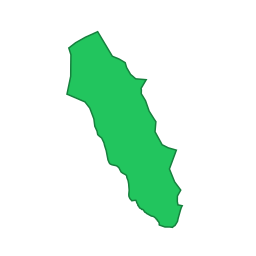 the district of Irepodun, Osun, Nigeria, rotated 305°
{"feature_id": "59680162B77368104900520", "entity_name": "Irepodun", "entity_type": "district", "adm_level": 2, "iso_a3": "NGA", "parent_name": "Nigeria", "parent_adm1": "Osun", "projection": "albers", "projection_center": [4.504, 7.901], "detail": "fine", "context": "isolated", "style": "filled", "palette": "green", "viewbox_px": 256, "rotation_deg": 305, "n_neighbors": 0, "source": "geoboundaries", "source_scale": "gbopen_adm2", "svg_char_len": 1614}
<svg xmlns="http://www.w3.org/2000/svg" viewBox="0 0 256 256"><g transform="rotate(305 128 128)"><path d="M120.7,58.6L124.7,77.7L122.4,85.3L115.9,94.8L110.4,99.8L107.7,104.4L105.2,107.0L104.9,109.0L104.7,112.2L102.1,116.8L100.2,118.9L97.0,123.1L90.4,129.9L88.7,132.6L88.3,134.0L88.7,136.0L90.5,140.3L90.3,143.2L88.0,147.6L88.0,149.7L88.4,153.0L88.1,154.2L86.7,155.6L85.9,156.8L85.0,158.2L82.6,160.6L77.6,164.7L74.3,166.6L72.7,167.8L71.7,169.3L71.0,170.9L70.8,172.3L70.6,173.0L71.3,173.5L72.0,174.4L72.8,175.2L73.0,175.5L73.3,176.0L72.9,176.7L72.5,177.2L71.8,178.1L70.6,180.6L70.2,180.6L70.0,181.7L69.2,183.3L69.2,183.5L69.4,184.5L69.4,184.9L69.3,185.2L69.3,185.5L69.2,185.9L69.3,186.2L69.7,186.5L69.7,187.2L69.6,187.9L69.5,188.3L69.0,189.1L68.9,189.8L68.7,190.2L68.9,190.6L68.7,192.9L68.9,193.8L69.0,195.3L69.2,196.7L69.2,197.4L70.0,199.3L70.2,200.8L70.0,202.0L70.0,202.6L69.7,203.0L69.6,203.3L69.7,204.3L69.4,204.7L69.1,204.9L69.0,205.1L69.0,205.7L68.9,205.9L68.8,206.3L68.7,206.9L68.0,208.2L67.2,208.6L66.5,209.3L68.1,215.0L70.8,218.9L72.2,221.5L72.8,221.5L73.7,221.8L75.1,222.4L77.6,222.3L79.9,222.1L82.7,220.9L90.4,218.2L93.3,217.3L95.4,217.0L93.7,213.0L96.1,210.5L100.6,207.5L107.4,206.8L110.6,197.1L118.2,185.4L137.6,180.3L134.8,172.2L134.0,166.4L133.8,165.7L140.4,152.3L149.2,147.2L150.0,145.0L153.9,135.7L160.4,126.7L163.7,119.2L166.9,117.1L167.9,116.0L178.0,115.2L172.7,106.1L173.4,99.3L176.7,92.2L179.9,88.2L179.4,81.3L177.8,74.0L189.5,47.9L177.9,41.0L167.9,36.2L159.6,33.6L155.3,39.2L146.5,45.2L137.5,51.4L130.3,54.5L125.4,56.6L120.7,58.6Z" fill="#22c55e" stroke="#15803d" stroke-width="1.5"/></g></svg>